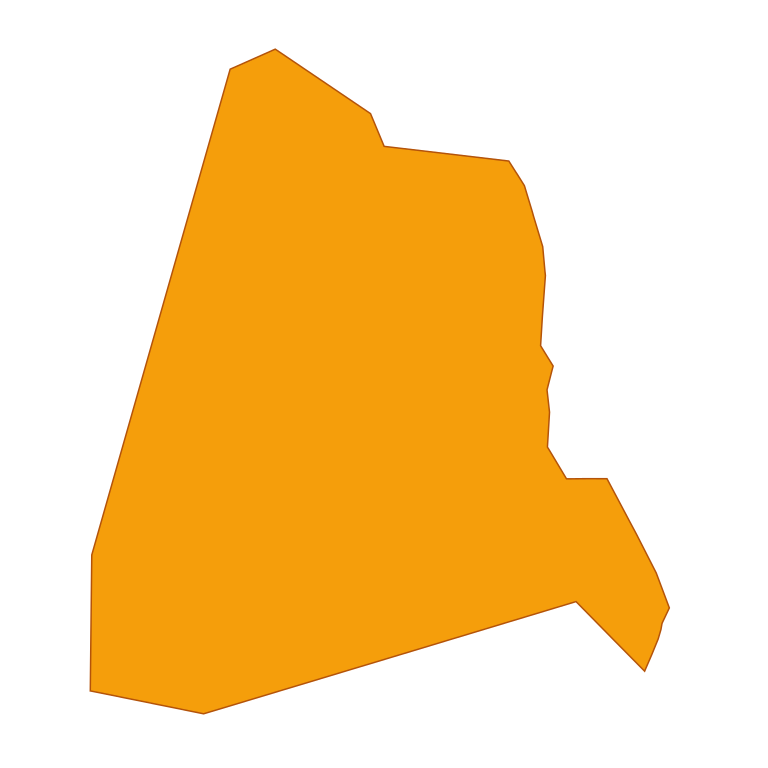 Mourtcha, Ennedi, Chad (Natural Earth projection), rotated 271°
{"feature_id": "50815135B12013942151217", "entity_name": "Mourtcha", "entity_type": "district", "adm_level": 2, "iso_a3": "TCD", "parent_name": "Chad", "parent_adm1": "Ennedi", "projection": "natural_earth1", "projection_center": [21.235, 16.282], "detail": "fine", "context": "isolated", "style": "filled", "palette": "amber", "viewbox_px": 768, "rotation_deg": 271, "n_neighbors": 0, "source": "geoboundaries", "source_scale": "gbopen_adm2", "svg_char_len": 777}
<svg xmlns="http://www.w3.org/2000/svg" viewBox="0 0 768 768"><g transform="rotate(271 384 384)"><path d="M101.4,649.6L104.6,650.9L117.7,656.3L133.9,662.6L143.4,665.2L149.1,666.1L149.8,666.3L150.3,666.5L165.1,673.2L199.8,659.5L204.3,657.1L238.3,639.0L252.3,631.2L262.1,625.8L293.2,608.6L292.9,589.1L292.4,570.7L292.4,568.1L319.4,551.3L323.8,548.5L358.7,550.0L381.0,547.1L399.6,551.5L404.9,552.8L413.9,547.0L425.0,539.9L454.4,541.2L495.3,543.5L499.1,543.0L524.1,540.3L554.3,530.6L558.7,529.3L581.7,521.9L582.7,521.6L584.8,520.9L597.2,512.8L597.7,512.4L609.1,504.9L621.6,380.0L654.1,365.8L716.9,269.4L697.4,227.5L696.1,224.7L208.0,94.8L72.0,95.7L72.0,95.8L51.1,209.4L109.6,392.2L169.8,579.8L131.1,619.2L101.4,649.6Z" fill="#f59e0b" stroke="#b45309" stroke-width="1.5"/></g></svg>